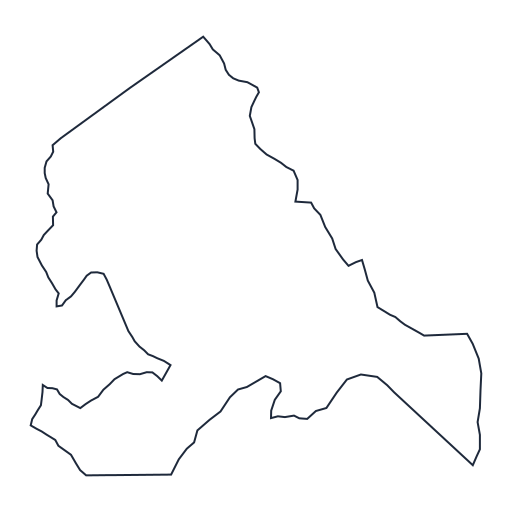 Leopoldo de Bulhões, Goiás, Brazil (Mercator projection)
{"feature_id": "56859067B21854607172740", "entity_name": "Leopoldo de Bulhões", "entity_type": "district", "adm_level": 2, "iso_a3": "BRA", "parent_name": "Brazil", "parent_adm1": "Goiás", "projection": "mercator", "projection_center": [-48.906, -16.556], "detail": "fine", "context": "isolated", "style": "outline", "palette": "slate", "viewbox_px": 512, "rotation_deg": 0, "n_neighbors": 0, "source": "geoboundaries", "source_scale": "gbopen_adm2", "svg_char_len": 2300}
<svg xmlns="http://www.w3.org/2000/svg" viewBox="0 0 512 512"><path d="M52.6,145.2L53.2,151.7L50.8,156.5L46.5,161.4L44.7,167.8L44.7,173.1L45.7,178.0L48.6,184.3L47.7,193.6L52.6,200.3L53.6,206.4L56.5,212.3L52.9,216.6L53.1,225.2L48.3,230.2L43.8,235.0L41.3,239.7L37.1,244.5L36.6,250.7L37.5,257.0L41.9,265.5L46.2,272.0L48.3,277.4L52.0,283.2L55.5,289.3L58.7,293.4L56.6,300.4L56.6,306.4L62.0,305.5L65.8,300.2L71.0,296.4L74.8,291.9L79.8,285.1L84.1,279.4L86.7,275.7L91.1,272.5L97.3,272.3L103.6,273.8L106.7,279.6L109.4,285.9L128.4,331.1L132.3,337.0L134.7,341.3L139.5,346.6L144.2,350.3L148.1,354.3L152.9,356.1L157.2,358.2L163.9,360.9L170.5,365.1L161.8,380.6L157.3,376.2L152.4,372.4L146.7,372.2L139.9,374.2L133.2,374.0L127.2,372.2L123.1,374.0L118.8,376.6L114.5,379.2L109.7,384.2L103.4,389.7L98.1,396.8L91.1,400.5L85.6,404.1L80.3,408.1L71.9,403.8L68.1,400.0L63.5,397.1L59.7,394.0L57.0,389.4L52.4,388.2L47.4,388.0L42.8,385.0L42.5,392.0L41.6,399.8L40.9,405.3L37.7,410.3L35.3,414.4L32.2,419.1L30.7,425.4L36.6,428.8L41.6,431.4L46.5,434.6L55.3,440.0L58.4,445.8L66.4,451.5L71.0,454.8L75.8,463.1L80.1,470.1L86.1,475.3L92.1,475.3L111.6,475.1L116.4,475.1L171.1,474.6L178.8,459.3L186.8,448.7L194.1,442.4L197.4,430.4L209.6,419.8L220.5,411.5L229.9,397.3L238.0,389.5L246.9,387.0L265.6,376.1L272.9,379.2L280.1,383.2L280.8,391.3L274.8,399.8L271.2,410.6L271.0,418.1L277.9,416.3L284.9,417.1L294.0,415.6L299.3,418.3L307.2,418.9L315.9,411.0L326.4,408.0L336.8,392.5L346.9,379.5L360.9,374.5L377.2,376.9L387.2,385.2L394.1,392.3L472.8,465.2L476.7,456.2L479.9,449.3L479.9,434.9L477.6,422.1L479.9,408.3L480.2,399.3L480.5,390.2L481.3,373.4L478.7,358.6L472.7,343.8L467.1,333.8L424.1,335.6L419.7,333.0L405.0,324.8L400.3,321.3L395.3,317.0L390.1,314.8L377.5,307.1L374.3,292.7L367.8,280.6L364.9,269.9L362.0,260.0L356.0,262.1L348.5,265.8L343.1,259.5L335.6,249.0L332.2,238.5L325.2,227.0L320.4,214.9L314.2,208.4L311.1,202.6L295.4,201.6L297.6,189.6L297.6,180.0L293.6,170.7L286.3,167.0L281.0,162.8L274.4,158.8L266.6,154.5L260.3,149.0L255.3,143.8L254.6,138.2L254.4,129.2L252.0,122.2L249.8,115.9L251.4,107.1L254.3,100.9L256.3,96.8L258.9,92.3L257.2,87.6L247.4,82.2L238.7,80.6L233.2,78.3L228.9,74.8L225.7,69.8L224.1,63.5L219.7,55.3L212.8,49.4L209.6,44.1L203.2,36.7L129.8,88.0L60.8,138.2L52.6,145.2Z" fill="none" stroke="#1e293b" stroke-width="2"/></svg>